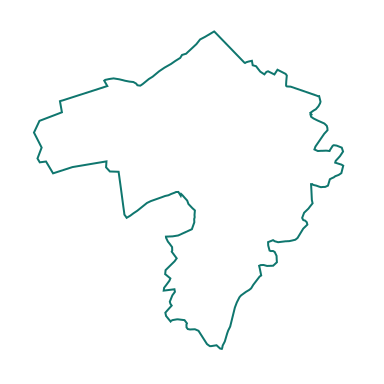 outline of Abu Hammad, Ash Sharqiyah, Egypt, rotated 176°
{"feature_id": "37247803B30253280006981", "entity_name": "Abu Hammad", "entity_type": "district", "adm_level": 2, "iso_a3": "EGY", "parent_name": "Egypt", "parent_adm1": "Ash Sharqiyah", "projection": "mercator", "projection_center": [31.677, 30.543], "detail": "fine", "context": "isolated", "style": "outline", "palette": "teal", "viewbox_px": 384, "rotation_deg": 176, "n_neighbors": 0, "source": "geoboundaries", "source_scale": "gbopen_adm2", "svg_char_len": 3483}
<svg xmlns="http://www.w3.org/2000/svg" viewBox="0 0 384 384"><g transform="rotate(176 192 192)"><path d="M206.3,56.4L205.8,55.6L203.6,55.0L199.2,54.9L198.5,54.8L195.2,53.1L187.7,39.3L186.2,38.0L184.9,37.0L183.8,36.9L178.2,37.4L174.9,33.9L173.2,33.4L172.7,34.4L172.1,36.7L169.7,40.6L166.8,48.4L165.6,51.2L163.3,55.1L162.4,57.9L157.3,73.7L156.7,75.0L155.0,78.7L152.0,83.7L150.3,85.4L145.2,88.6L141.8,90.3L139.8,91.7L139.7,91.8L137.3,95.2L130.4,103.0L128.8,103.9L129.7,110.8L130.2,113.7L128.5,114.3L125.7,114.2L122.3,113.0L116.2,112.8L112.2,116.0L112.2,119.0L112.1,122.4L113.7,126.4L115.3,127.5L117.6,127.6L118.7,128.2L119.7,133.3L119.6,136.7L116.0,137.8L114.5,138.3L112.9,137.1L111.2,136.5L109.6,135.9L102.3,136.3L98.4,136.2L97.8,136.3L95.6,136.6L92.2,137.2L89.9,138.8L83.6,147.7L79.2,151.4L79.6,153.8L81.2,155.6L82.9,156.2L83.5,157.4L83.9,158.5L81.6,163.5L77.0,167.3L75.0,169.6L72.5,172.3L73.0,175.7L72.8,184.1L72.7,190.3L72.7,191.5L71.5,191.5L71.0,190.9L69.9,190.4L67.6,189.7L64.9,188.5L63.0,187.8L61.5,187.9L58.7,187.8L55.9,188.9L53.6,195.1L51.3,196.1L49.6,196.7L47.9,197.8L46.8,198.1L44.5,198.8L41.7,200.4L39.3,207.7L41.0,208.9L42.6,209.5L47.1,211.3L46.5,213.0L41.9,217.4L38.5,221.8L39.5,225.8L44.5,228.2L47.3,228.8L48.4,228.3L51.3,224.4L51.9,223.3L55.2,223.9L59.1,224.0L60.8,224.1L63.6,224.1L65.8,225.3L66.9,225.9L65.7,228.7L56.0,240.9L54.8,242.0L52.5,244.2L52.5,246.5L53.0,248.7L55.2,251.1L61.8,254.6L65.7,256.9L67.9,258.7L68.4,261.0L67.5,261.1L68.4,262.7L65.0,264.8L62.7,265.9L59.9,268.7L58.1,271.5L57.5,273.1L58.0,276.0L58.5,278.8L59.7,278.8L60.8,279.4L86.2,290.2L90.0,290.7L90.7,291.4L90.6,293.1L90.2,296.2L89.3,301.6L90.4,303.3L98.2,308.0L101.6,303.5L107.7,307.1L109.4,306.6L111.6,304.3L115.5,307.3L117.4,310.1L119.3,313.0L122.6,314.2L123.1,318.7L126.4,318.2L128.7,317.7L130.1,317.0L130.8,317.5L157.2,348.9L158.2,350.1L158.7,350.6L168.3,345.8L173.3,343.6L177.3,339.2L187.0,331.4L188.1,330.4L192.4,329.4L194.4,326.6L199.5,323.9L204.0,321.2L210.7,318.0L216.4,314.7L223.2,309.8L227.2,307.7L233.4,303.3L235.2,302.2L236.2,301.7L237.3,301.9L239.0,302.3L240.1,304.0L242.8,305.8L246.7,306.5L251.2,307.7L252.9,308.3L256.7,309.5L262.3,310.8L265.2,310.6L266.3,310.5L267.3,310.4L268.5,310.2L270.7,309.9L271.8,309.2L269.1,303.6L314.6,292.4L316.7,292.0L317.4,291.8L316.2,280.6L321.4,279.0L339.2,273.6L345.5,262.3L343.1,256.7L338.9,246.8L343.8,236.2L341.8,232.2L335.5,232.6L329.3,220.3L309.5,225.2L286.8,227.4L275.2,228.5L276.0,222.6L272.5,218.2L263.8,217.3L262.6,199.5L261.5,181.9L261.1,176.3L261.1,175.8L261.0,174.1L260.2,172.9L259.4,171.5L259.0,170.8L255.2,172.7L251.8,174.9L247.9,177.1L237.7,184.2L233.7,185.8L229.0,187.1L222.5,188.9L219.1,189.9L215.7,190.4L212.9,191.5L209.5,192.5L207.9,193.1L205.6,193.0L203.5,189.0L202.9,190.7L201.8,189.5L199.6,186.6L197.4,183.8L196.4,180.3L193.1,176.3L192.5,175.6L190.9,174.0L190.4,173.4L191.1,168.9L191.1,166.7L191.4,165.7L191.7,165.0L191.8,161.6L193.5,157.7L194.7,154.9L200.8,152.6L208.8,149.6L214.4,149.1L221.1,149.3L221.1,148.2L219.5,144.2L217.9,141.9L215.7,138.4L215.8,135.0L216.4,133.9L214.1,130.3L211.9,126.9L214.2,124.1L216.9,121.8L219.6,119.5L223.8,115.9L224.5,111.9L223.9,111.4L219.6,107.3L220.7,105.1L224.1,101.1L226.5,98.4L227.1,95.6L221.5,95.9L216.3,96.2L216.0,93.6L218.8,90.3L221.8,84.1L221.3,81.9L220.2,80.1L220.7,79.6L222.5,77.9L227.0,73.5L226.8,71.9L226.5,70.1L222.4,64.3L221.8,65.0L220.1,65.6L216.2,66.0L215.1,66.0L208.4,64.7L206.2,61.3L206.8,60.1L206.9,57.3L206.3,56.4Z" fill="none" stroke="#0f766e" stroke-width="2"/></g></svg>